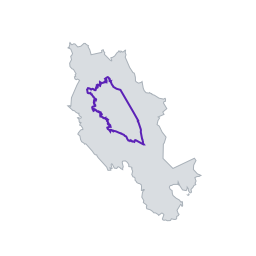 location of Qaraghandy within Kazakhstan, rotated 240°
{"feature_id": "KAZ-3203", "entity_name": "Qaraghandy", "entity_type": "Region", "adm_level": 1, "iso_a3": "KAZ", "parent_name": "Kazakhstan", "parent_adm1": "", "projection": "robinson", "projection_center": [73.067, 48.605], "detail": "fine", "context": "in_parent", "style": "outline", "palette": "violet", "viewbox_px": 256, "rotation_deg": 240, "n_neighbors": 0, "source": "natural_earth", "source_scale": "10m", "svg_char_len": 7358}
<svg xmlns="http://www.w3.org/2000/svg" viewBox="0 0 256 256"><g transform="rotate(240 128 128)"><path d="M147.9,164.4L146.6,164.9L145.9,165.8L145.1,165.5L143.3,167.2L138.3,169.8L135.2,173.3L135.2,174.9L134.3,175.0L132.4,173.7L132.8,172.3L131.9,171.2L125.4,171.3L124.4,166.1L121.8,166.0L122.5,159.6L120.9,160.4L119.4,157.6L116.4,154.9L114.0,156.0L107.5,155.5L101.1,156.4L97.0,152.0L96.3,150.5L84.1,143.1L70.5,146.7L68.6,170.4L65.8,170.6L63.0,166.3L59.4,163.9L53.7,165.1L50.5,167.5L50.5,165.4L51.5,163.3L51.6,161.1L48.0,160.4L46.7,158.5L45.1,158.4L45.3,156.4L44.2,154.7L43.3,151.8L40.8,151.0L40.5,150.1L40.8,149.3L41.4,149.1L43.7,149.0L45.3,149.9L47.2,149.7L46.1,149.1L44.7,147.1L47.1,144.3L52.4,144.0L56.3,144.5L54.3,143.0L56.5,139.0L56.4,137.2L57.0,136.0L56.6,134.8L55.9,134.1L53.7,133.9L51.8,134.9L49.3,133.7L47.1,133.2L43.1,134.6L40.1,136.4L37.3,136.9L37.3,137.6L36.9,137.5L36.5,137.8L36.6,138.1L33.6,136.6L33.1,136.1L33.2,135.6L35.1,135.7L35.5,135.3L32.2,129.3L28.8,128.7L27.8,129.1L27.0,127.8L27.1,126.0L25.2,124.8L25.0,123.8L25.7,122.3L27.7,120.1L26.7,118.7L26.9,117.9L28.1,115.6L29.5,114.7L30.1,113.0L31.2,112.2L32.1,112.3L34.8,115.6L35.3,115.8L37.0,115.2L37.5,114.6L37.0,110.9L37.9,110.9L40.7,109.4L41.7,107.9L43.4,107.6L46.0,106.4L48.7,103.9L50.5,104.4L51.3,105.5L52.6,105.4L55.8,104.0L57.3,105.4L61.2,105.4L64.8,108.2L66.0,109.8L66.1,111.0L66.5,111.3L67.1,110.6L66.8,108.8L67.3,108.4L70.6,110.5L72.2,111.1L74.1,110.2L74.7,109.4L76.5,108.3L77.1,108.6L79.1,108.0L81.2,109.1L82.2,108.9L83.2,107.9L85.8,108.0L88.2,110.4L91.0,110.8L91.3,111.6L92.8,111.1L94.2,109.4L95.9,110.4L98.5,110.3L100.8,109.3L101.9,107.0L101.8,106.4L100.9,105.7L96.6,104.4L96.3,103.6L94.6,102.6L96.6,101.4L97.8,101.2L99.5,100.1L98.6,98.0L100.1,96.1L104.6,96.3L105.2,95.9L104.9,95.2L103.2,94.5L101.0,94.1L100.8,93.8L101.2,93.1L102.7,92.6L102.4,92.3L101.3,92.5L100.0,92.0L101.4,89.5L104.8,90.0L117.3,87.3L119.5,87.2L120.3,87.5L121.1,86.4L122.3,85.8L125.9,85.5L135.3,83.6L135.7,83.1L135.6,82.4L137.1,82.2L139.3,81.0L141.8,81.2L145.1,82.4L147.8,81.5L148.6,82.6L149.9,85.9L149.7,87.4L149.2,88.0L149.4,88.3L150.6,88.7L153.8,88.4L154.7,87.6L155.7,88.9L156.0,90.0L156.7,89.7L156.6,89.1L156.8,88.8L158.3,89.0L159.8,89.9L162.1,89.4L162.0,90.1L160.2,91.5L160.1,92.2L160.7,93.1L162.9,92.0L164.6,92.3L165.3,92.9L165.8,91.9L167.6,90.8L169.5,90.3L170.2,89.9L170.5,89.1L177.3,86.9L176.4,88.8L175.3,88.7L175.6,89.5L182.5,94.2L190.8,105.4L193.5,109.9L195.6,108.8L195.7,107.3L197.1,106.6L199.1,107.2L198.9,108.6L200.5,108.7L200.9,110.1L206.0,110.1L207.3,109.1L210.2,108.5L213.3,109.9L215.4,113.2L218.8,114.3L218.9,115.4L220.2,117.2L225.0,117.9L227.4,116.1L227.7,116.6L227.2,117.5L228.2,118.0L229.2,119.3L230.4,119.7L231.0,120.5L228.4,120.8L228.0,121.5L228.1,123.0L227.3,124.1L223.3,125.0L222.4,128.0L223.3,132.2L222.5,133.4L221.2,133.6L219.0,134.9L218.3,134.0L215.0,134.0L209.9,132.7L206.7,142.8L206.8,143.3L208.3,143.9L208.4,144.8L207.9,145.8L206.6,145.2L205.0,145.6L203.6,144.4L195.2,146.6L194.3,147.4L194.9,147.9L196.3,147.9L197.5,148.5L196.9,149.5L197.0,152.5L198.6,155.9L198.8,157.6L199.4,158.5L199.2,158.9L198.5,158.7L197.4,159.3L197.3,159.7L198.2,160.4L196.4,161.3L196.3,162.0L196.8,164.5L196.6,164.8L195.0,163.4L192.4,162.9L190.8,161.0L179.6,159.7L173.5,160.0L172.5,160.8L171.1,160.6L168.2,159.7L165.0,158.0L163.6,158.3L161.6,159.5L160.9,162.2L161.2,163.4L154.9,161.1L152.2,160.7L149.5,161.3L147.6,163.8L147.9,164.4ZM40.4,147.6L39.9,147.7L39.5,147.0L39.7,146.3L40.2,146.1L39.7,147.0L40.4,147.6ZM53.7,144.0L53.3,143.9L53.1,143.6L53.6,143.3L53.7,144.0Z" fill="#d9dde1" stroke="#a8b0b8" stroke-width="1"/><path d="M120.9,122.2L122.0,122.0L122.4,121.5L123.1,121.2L124.1,121.1L125.9,119.7L126.5,119.6L126.8,119.0L127.4,118.8L127.8,118.3L131.2,115.8L132.4,114.5L132.4,114.2L132.4,113.9L132.5,113.9L132.4,113.7L132.7,113.4L134.2,113.0L134.7,112.6L135.0,112.1L134.5,111.8L134.3,111.6L134.2,111.5L134.1,111.1L133.9,110.9L135.6,110.8L136.5,110.4L137.1,110.1L137.6,110.0L138.7,110.3L138.6,111.0L138.5,111.4L138.4,111.7L138.3,112.2L138.0,113.0L137.7,113.5L139.4,114.0L140.0,113.8L140.3,113.7L140.2,113.3L140.4,113.4L140.6,113.4L140.9,113.0L141.2,112.6L141.5,112.6L141.6,112.8L141.9,112.7L142.3,113.1L142.5,113.2L142.4,113.5L142.8,113.6L143.3,113.6L144.5,113.3L144.9,113.3L145.0,113.5L145.3,113.8L144.9,114.3L145.1,114.8L146.7,114.2L147.0,113.2L147.7,113.0L148.0,113.2L148.1,113.3L148.2,112.7L148.4,112.1L148.6,112.0L148.9,112.0L149.4,111.8L149.6,111.6L149.6,111.4L150.3,111.2L150.5,111.1L150.8,111.0L151.3,110.3L151.8,110.1L151.9,109.9L152.1,110.0L152.5,110.1L152.8,110.2L153.4,110.6L153.1,111.0L153.3,111.1L153.2,111.5L153.1,111.8L152.9,112.0L153.0,112.2L153.7,112.0L155.1,112.1L155.1,111.4L155.4,111.4L155.6,111.2L156.2,111.4L156.5,111.2L156.3,111.1L156.2,110.8L156.4,110.7L156.7,110.3L156.9,110.2L157.1,110.2L157.6,110.1L157.8,109.8L157.8,109.6L158.2,109.3L159.0,109.4L159.4,109.2L159.9,109.0L159.8,108.8L160.1,108.6L161.0,108.4L161.4,108.1L161.7,107.8L161.5,107.7L161.0,107.6L160.8,107.8L160.5,107.9L160.4,107.5L160.1,107.2L160.1,106.8L160.4,106.9L161.3,106.7L162.2,106.8L163.8,107.3L164.0,107.6L164.1,107.9L164.1,108.2L164.0,108.5L163.8,109.7L163.6,109.8L163.7,110.2L163.5,110.7L164.1,111.1L165.3,111.0L165.7,110.9L165.9,110.7L166.1,110.8L166.4,110.9L167.0,111.1L166.9,111.6L167.3,111.9L167.7,111.6L168.2,112.0L168.4,112.0L168.7,112.3L168.9,112.5L168.7,112.6L169.1,113.0L169.5,113.3L169.0,113.6L168.4,113.8L168.4,114.0L168.1,114.1L168.5,114.6L168.9,114.7L170.1,114.1L170.6,113.8L172.0,113.8L172.3,113.5L172.7,113.6L174.6,113.3L175.2,113.5L175.5,113.0L175.8,113.0L176.1,112.9L176.6,112.8L177.2,113.0L177.3,112.3L177.5,111.6L178.5,110.7L179.2,110.8L179.7,111.1L180.7,111.4L181.8,111.8L182.0,112.3L182.0,112.9L182.1,113.3L182.4,113.4L182.1,113.9L181.0,114.8L180.4,115.0L180.0,115.1L179.7,115.3L179.7,115.5L179.8,116.0L179.8,116.3L179.6,117.0L178.7,117.6L177.6,117.9L177.0,118.8L177.3,119.3L177.9,119.5L178.4,120.0L179.1,120.7L178.8,121.0L178.3,121.2L178.3,122.0L178.8,122.3L179.9,122.2L180.7,122.3L180.8,122.9L180.7,123.2L180.7,123.6L180.2,124.0L179.6,124.3L179.0,124.4L178.9,124.6L178.8,124.9L178.6,125.0L179.1,125.4L179.2,125.7L179.8,125.7L180.2,125.9L179.7,126.0L179.8,126.5L180.5,126.8L181.1,127.0L180.4,127.3L180.2,127.9L179.8,128.4L179.4,129.9L179.5,130.0L179.7,130.3L179.9,131.1L179.0,131.3L179.0,131.6L178.9,131.9L178.7,132.2L178.5,132.3L179.4,133.0L180.5,133.3L180.7,132.8L182.1,132.7L182.3,135.0L182.2,135.9L181.8,136.1L181.7,136.2L181.2,136.3L180.7,136.3L180.5,136.5L180.4,136.6L180.0,136.7L179.9,136.7L179.7,136.3L179.5,136.2L179.3,136.1L179.0,136.1L178.9,136.2L178.7,136.1L178.5,135.9L178.3,135.8L178.3,136.1L178.5,136.3L178.7,136.5L178.9,136.7L178.7,136.6L178.4,136.5L177.9,136.3L177.8,136.2L177.7,136.1L177.8,136.0L177.8,135.9L177.7,135.9L177.6,136.0L177.4,136.0L177.2,135.9L176.9,136.0L176.7,136.1L176.7,136.3L176.6,136.2L176.1,136.0L175.7,136.1L174.9,135.9L173.5,135.8L172.2,136.0L171.0,135.9L167.7,137.7L164.8,140.5L138.9,140.6L129.2,140.5L129.1,139.9L128.5,139.8L127.7,139.9L120.4,138.4L119.3,137.9L118.1,137.0L117.7,136.9L111.7,134.8L111.5,134.7L111.2,134.8L110.6,134.7L109.3,134.2L108.6,134.1L107.3,133.3L105.8,133.5L105.9,133.3L106.8,132.7L113.4,128.7L113.9,128.2L113.7,127.9L112.8,126.5L114.1,125.6L114.1,124.9L115.3,124.4L115.9,124.3L115.7,123.8L115.7,123.5L115.7,123.3L116.3,123.3L116.9,122.1L118.6,121.9L120.9,122.2Z" fill="none" stroke="#5b21b6" stroke-width="2"/></g></svg>